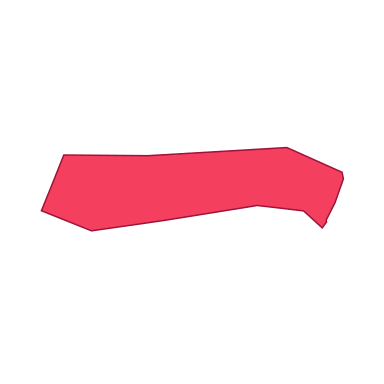 Plat Pays, Soufrière, Saint Lucia, rotated 61°
{"feature_id": "8701671B5455309404848", "entity_name": "Plat Pays", "entity_type": "district", "adm_level": 2, "iso_a3": "LCA", "parent_name": "Saint Lucia", "parent_adm1": "Soufrière", "projection": "equal_earth", "projection_center": [-61.054, 13.841], "detail": "fine", "context": "isolated", "style": "filled", "palette": "rose", "viewbox_px": 384, "rotation_deg": 61, "n_neighbors": 0, "source": "geoboundaries", "source_scale": "gbopen_adm2", "svg_char_len": 388}
<svg xmlns="http://www.w3.org/2000/svg" viewBox="0 0 384 384"><g transform="rotate(61 192 192)"><path d="M283.8,89.1L281.6,88.2L270.7,72.1L253.9,53.2L247.5,51.2L199.1,87.5L138.8,213.1L97.5,286.2L118.5,311.9L135.4,332.8L177.0,298.9L177.3,298.6L179.6,292.5L202.9,231.4L235.4,141.5L262.6,103.6L286.5,95.5L283.8,89.7L283.8,89.1Z" fill="#f43f5e" stroke="#9f1239" stroke-width="1.5"/></g></svg>